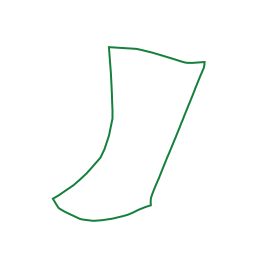 Samphanthawong, Bangkok Metropolis, Thailand (Albers equal-area conic projection), rotated 73°
{"feature_id": "78962969B78328018981933", "entity_name": "Samphanthawong", "entity_type": "district", "adm_level": 2, "iso_a3": "THA", "parent_name": "Thailand", "parent_adm1": "Bangkok Metropolis", "projection": "albers", "projection_center": [100.51, 13.738], "detail": "fine", "context": "isolated", "style": "outline", "palette": "green", "viewbox_px": 256, "rotation_deg": 73, "n_neighbors": 0, "source": "geoboundaries", "source_scale": "gbopen_adm2", "svg_char_len": 1434}
<svg xmlns="http://www.w3.org/2000/svg" viewBox="0 0 256 256"><g transform="rotate(73 128 128)"><path d="M208.6,128.8L204.9,127.8L202.7,127.0L200.9,126.0L199.0,124.6L197.6,123.6L194.7,121.3L189.5,117.0L186.6,114.5L185.5,113.5L184.1,112.4L181.7,110.5L173.4,103.8L173.3,103.7L171.7,102.4L168.8,100.1L167.2,98.8L165.3,97.1L163.9,95.9L162.1,94.5L160.7,93.3L158.5,91.5L158.0,91.1L157.7,90.9L156.5,89.8L154.8,88.5L152.9,86.9L152.2,86.3L151.5,85.7L149.6,84.2L148.9,83.6L144.3,79.9L142.3,78.2L140.2,76.6L138.4,75.2L136.1,73.2L134.8,72.2L134.3,71.8L133.0,70.8L129.8,68.2L126.6,65.6L124.6,64.0L123.8,63.4L121.5,61.4L120.6,60.7L117.8,58.4L116.9,57.7L114.4,55.7L114.0,55.4L111.3,53.2L109.1,51.6L108.7,51.2L105.5,48.6L102.5,46.2L99.6,43.8L97.5,42.0L92.5,37.8L90.8,36.9L90.0,36.5L88.2,35.9L87.3,35.5L84.8,46.4L83.4,51.1L82.8,52.8L81.8,54.7L79.9,57.7L75.2,64.5L62.9,82.9L56.7,93.4L54.8,96.8L45.1,122.6L70.8,128.4L78.4,130.3L89.8,133.2L97.9,135.4L106.7,137.7L114.5,140.1L129.7,148.4L141.0,156.4L141.4,156.7L148.3,163.0L153.2,170.9L156.5,176.2L159.5,181.3L163.6,189.7L165.1,193.1L166.7,196.6L170.8,209.8L172.0,213.4L173.7,220.5L180.5,218.8L183.8,217.9L185.1,217.1L185.4,216.8L187.6,214.8L189.8,212.7L192.4,209.9L200.9,200.5L202.2,198.3L205.7,190.5L206.7,188.1L208.2,181.6L208.7,179.1L210.0,170.4L210.2,168.4L210.8,158.6L210.9,153.4L210.3,147.8L209.3,141.9L208.7,135.0L208.6,130.5L208.6,128.8Z" fill="none" stroke="#15803d" stroke-width="2"/></g></svg>